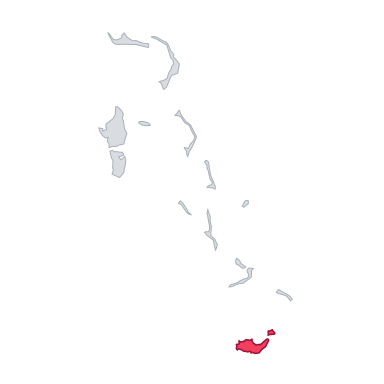 where Inagua sits in The Bahamas, rotated 17°
{"feature_id": "BHS-5038", "entity_name": "Inagua", "entity_type": "District", "adm_level": 1, "iso_a3": "BHS", "parent_name": "The Bahamas", "parent_adm1": "", "projection": "albers", "projection_center": [-73.316, 21.237], "detail": "fine", "context": "in_parent", "style": "filled", "palette": "rose", "viewbox_px": 384, "rotation_deg": 17, "n_neighbors": 0, "source": "natural_earth", "source_scale": "10m", "svg_char_len": 4577}
<svg xmlns="http://www.w3.org/2000/svg" viewBox="0 0 384 384"><g transform="rotate(17 192 192)"><path d="M112.7,155.2L112.5,160.7L112.8,164.8L112.4,166.3L107.8,168.9L106.6,170.4L102.3,171.8L99.7,173.9L98.6,170.3L96.1,168.1L95.8,164.4L93.9,165.6L91.2,164.8L86.8,161.8L84.1,158.0L88.1,157.5L88.8,159.8L92.1,157.0L91.4,155.5L90.8,155.3L89.9,152.4L94.8,145.2L96.0,140.5L94.1,132.8L96.1,132.3L101.4,135.2L103.7,137.9L103.6,141.5L105.8,144.4L108.9,151.2L112.7,155.2ZM115.7,176.1L115.7,177.1L111.6,179.8L114.5,182.0L117.4,177.6L119.5,181.3L120.6,188.0L120.4,189.2L120.5,190.2L120.9,191.5L121.0,193.4L118.6,199.3L110.4,198.4L110.3,193.4L109.1,192.4L107.4,185.3L104.9,182.9L101.5,177.0L103.6,175.5L106.3,176.1L107.8,175.5L111.6,175.0L113.9,174.3L115.7,176.1ZM307.7,317.1L306.3,320.4L301.8,326.7L291.8,328.3L280.8,328.6L280.0,326.9L279.7,325.4L280.5,323.0L280.5,322.1L280.0,321.1L284.1,320.1L286.7,317.1L290.8,316.7L296.0,318.7L298.8,318.8L303.0,316.5L306.3,311.6L308.3,312.2L307.7,317.1ZM135.4,101.7L134.6,102.1L131.1,97.4L128.3,96.1L132.9,93.0L134.9,90.3L135.0,84.3L136.1,81.0L135.8,78.2L136.9,75.3L135.6,72.0L132.0,69.3L124.9,58.9L113.4,56.1L107.4,55.8L110.7,54.2L113.8,54.5L118.4,55.6L124.0,56.3L127.4,59.4L130.6,63.5L133.5,65.2L134.7,66.2L134.5,67.4L135.0,68.5L138.8,70.5L142.6,73.6L143.6,82.5L138.2,86.6L136.9,99.4L135.4,101.7ZM84.8,63.0L89.7,64.5L92.3,64.4L94.0,63.5L101.2,64.1L107.2,63.0L108.0,65.4L107.8,66.6L95.2,67.4L83.6,70.6L77.2,72.8L74.3,72.9L72.0,71.6L64.7,64.1L66.7,64.9L72.2,69.2L75.7,68.5L79.0,65.9L79.6,63.9L79.1,62.9L80.7,59.7L84.8,63.0ZM158.6,121.1L165.3,126.3L171.0,128.3L177.1,134.8L179.8,137.2L180.2,139.2L179.0,148.7L177.5,154.4L177.6,159.4L176.2,157.8L174.8,154.6L172.4,152.6L171.6,151.6L175.9,151.5L176.4,146.3L178.6,142.3L178.4,138.1L173.4,133.4L170.0,129.2L164.6,127.8L159.7,123.6L156.8,123.0L153.2,123.7L154.5,121.3L155.5,118.1L156.2,117.5L158.6,121.1ZM231.7,239.6L231.4,240.8L226.3,231.7L219.7,229.4L215.9,227.2L216.7,225.9L219.3,225.4L219.8,222.6L218.7,219.4L215.3,213.1L213.4,208.9L212.5,207.9L212.3,204.3L216.4,209.9L218.0,214.8L220.7,219.6L222.5,227.9L227.8,230.8L231.6,234.8L231.7,239.6ZM258.0,270.7L255.1,272.0L255.8,269.7L261.4,265.7L264.6,262.2L266.3,261.0L267.0,260.0L269.5,258.8L270.7,256.5L270.4,254.7L267.8,251.6L267.8,249.5L268.7,248.0L273.1,247.3L271.9,249.6L273.6,256.0L267.8,264.0L262.8,266.5L258.0,270.7ZM212.9,180.2L213.2,182.5L210.4,182.0L206.3,182.9L204.8,182.9L205.8,181.3L208.6,179.2L208.8,177.2L205.3,174.2L201.3,166.9L199.4,165.1L198.6,162.4L195.2,159.4L195.9,157.8L196.6,157.5L198.9,158.3L204.0,168.8L204.4,169.8L212.9,180.2ZM307.0,261.0L309.6,261.6L311.0,261.6L315.8,262.9L318.6,264.8L319.3,265.6L317.8,267.2L313.3,264.1L309.5,263.7L304.1,263.8L301.9,263.2L303.3,259.8L307.0,261.0ZM264.4,247.6L265.4,248.4L262.7,250.2L256.7,247.9L255.3,248.1L254.1,245.7L253.7,243.9L254.0,242.3L257.6,243.6L259.5,245.9L264.4,247.6ZM129.4,141.8L124.7,142.6L121.4,141.6L120.6,140.8L122.1,139.6L125.2,138.7L130.3,138.7L132.4,140.0L132.7,140.5L129.4,141.8ZM197.7,214.0L195.9,214.2L192.8,213.0L185.6,207.4L182.3,206.8L183.4,203.8L186.0,204.9L191.8,209.7L194.0,212.1L197.7,214.0ZM249.3,186.6L246.0,191.5L244.2,191.0L245.3,184.9L247.5,183.9L248.4,184.0L249.3,186.6ZM312.3,302.8L306.7,305.0L306.1,302.4L309.0,300.3L312.3,302.8Z" fill="#d9dde1" stroke="#a8b0b8" stroke-width="1"/><path d="M281.4,323.0L281.5,322.1L281.0,321.5L280.6,321.0L280.6,320.6L282.0,321.3L282.9,320.9L283.6,320.7L284.1,320.3L285.4,319.9L285.7,319.0L286.7,318.2L287.0,317.3L288.0,317.5L288.8,317.1L290.0,317.1L290.5,317.0L290.9,316.8L291.3,316.5L292.0,315.6L292.3,315.2L292.5,315.4L292.7,316.4L293.4,317.2L294.3,318.3L295.4,318.8L298.0,319.7L298.9,319.1L299.9,318.6L302.0,318.1L303.0,316.8L303.8,315.1L305.9,311.7L306.5,310.9L307.4,310.4L308.3,310.7L308.6,311.5L308.5,312.6L307.7,317.4L307.4,318.7L304.7,322.1L303.3,326.1L302.4,326.6L299.3,328.0L297.4,327.7L296.9,327.8L296.5,328.0L295.7,328.6L295.4,328.6L295.4,328.3L295.7,328.0L295.0,327.6L294.1,327.4L291.9,328.7L290.5,328.6L288.0,329.2L286.1,328.5L283.4,328.2L282.8,328.3L282.1,328.7L281.9,329.0L281.7,329.4L281.5,329.8L281.2,329.7L280.7,329.4L280.2,328.7L280.1,328.2L280.0,327.5L279.9,326.4L279.2,325.1L279.0,324.9L279.2,324.6L280.4,324.4L281.2,324.0L281.4,323.0ZM308.8,305.3L307.4,306.0L306.9,306.5L306.5,306.5L306.5,306.1L306.6,305.5L306.3,304.6L305.7,303.7L305.6,302.8L306.0,302.5L307.0,302.2L307.7,301.7L308.5,300.8L309.1,300.3L309.5,300.6L310.0,301.2L310.5,301.6L311.3,302.1L312.2,302.4L312.5,302.9L312.4,303.8L311.6,304.3L310.0,304.5L309.3,305.2L308.8,305.3Z" fill="#f43f5e" stroke="#9f1239" stroke-width="1.5"/></g></svg>